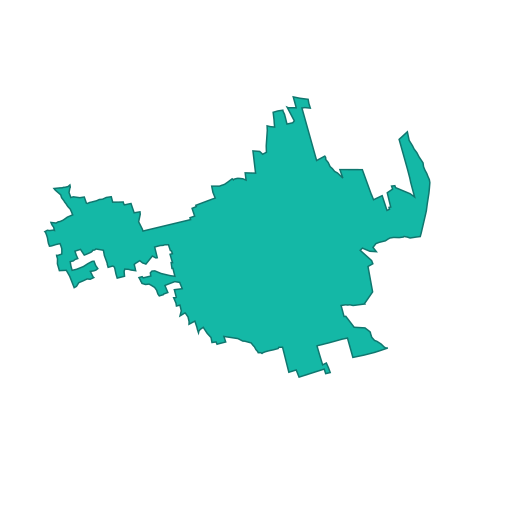 Hocabá, Yucatán, Mexico (Equal Earth projection), rotated 159°
{"feature_id": "50627088B46222132432578", "entity_name": "Hocabá", "entity_type": "district", "adm_level": 2, "iso_a3": "MEX", "parent_name": "Mexico", "parent_adm1": "Yucatán", "projection": "equal_earth", "projection_center": [-89.223, 20.81], "detail": "fine", "context": "isolated", "style": "filled", "palette": "teal", "viewbox_px": 512, "rotation_deg": 159, "n_neighbors": 0, "source": "geoboundaries", "source_scale": "gbopen_adm2", "svg_char_len": 5639}
<svg xmlns="http://www.w3.org/2000/svg" viewBox="0 0 512 512"><g transform="rotate(159 256 256)"><path d="M151.2,383.6L158.6,387.6L164.2,391.2L165.2,381.1L165.4,380.0L172.7,382.8L173.6,383.7L171.8,368.4L174.0,367.2L179.8,368.1L179.1,373.7L178.6,378.1L178.9,381.4L178.7,382.5L183.7,383.6L188.5,384.0L190.4,376.5L191.4,373.3L192.4,369.7L196.4,371.7L199.0,373.5L199.9,370.9L200.4,369.3L207.0,355.1L209.1,349.1L213.3,348.6L215.1,352.3L221.2,355.2L226.7,333.5L236.3,337.5L238.1,330.4L240.6,332.8L244.1,334.6L245.7,335.2L248.1,335.5L249.4,335.5L249.8,335.2L250.6,336.6L255.9,335.1L259.5,334.2L261.2,334.2L262.6,334.3L265.1,334.3L272.3,337.1L273.4,330.9L273.3,324.7L277.1,324.8L294.0,324.9L294.0,323.5L298.6,323.4L299.0,315.2L303.9,315.4L304.0,313.4L352.6,319.8L352.5,321.4L352.5,321.5L352.5,321.8L353.3,330.0L349.1,336.5L348.5,338.8L354.3,340.0L353.9,349.8L360.6,350.9L360.8,352.9L360.6,354.0L364.9,355.5L370.5,357.6L369.9,363.2L374.8,364.3L379.0,364.0L382.0,364.9L385.1,364.7L389.3,365.2L390.5,365.3L392.1,365.6L394.4,365.4L395.4,366.1L395.2,372.6L397.9,373.2L398.0,373.2L399.7,373.6L400.2,373.9L403.3,375.6L405.3,376.7L408.0,377.0L407.9,378.0L407.8,382.3L405.6,385.9L404.8,386.7L404.5,387.8L404.3,389.0L406.5,388.2L409.7,388.6L411.2,389.1L412.5,389.1L414.5,389.8L420.4,391.4L419.8,389.5L418.7,387.4L416.4,383.1L416.6,380.1L415.4,376.0L415.4,375.2L415.2,374.7L414.5,372.3L414.3,371.1L413.9,369.5L412.6,366.3L412.4,362.1L412.5,361.3L412.4,360.1L418.2,359.9L422.0,358.9L423.2,358.6L426.6,358.4L428.5,358.8L430.8,358.4L435.4,360.8L435.4,359.6L435.2,357.6L434.6,355.4L435.0,352.1L435.9,352.8L439.6,353.7L440.7,354.3L441.5,354.8L444.4,354.4L444.0,353.5L444.0,352.4L444.0,350.5L444.2,347.6L444.9,344.3L445.3,341.8L445.2,340.3L445.3,339.2L443.9,338.8L442.1,338.6L440.4,338.5L438.7,338.4L434.5,337.8L434.5,335.3L434.7,332.4L435.9,329.1L436.7,327.4L440.9,327.6L441.9,328.1L442.1,327.3L442.2,325.5L442.3,324.5L444.2,319.9L444.8,312.8L438.2,310.6L437.2,304.0L437.1,291.6L434.5,292.0L431.0,294.6L425.8,294.8L421.9,295.1L419.1,293.7L415.2,294.0L415.6,294.8L416.2,301.0L412.9,300.3L411.2,300.2L410.5,300.2L408.2,300.9L409.1,304.6L409.1,309.2L410.9,309.7L415.7,309.1L420.9,308.0L428.3,307.9L432.8,308.5L432.4,312.9L431.5,317.3L428.3,316.9L426.2,317.6L423.3,317.5L423.5,321.2L423.3,325.4L417.5,325.1L416.0,318.4L414.0,318.4L411.4,318.5L409.5,318.6L408.1,318.8L407.0,319.3L406.5,319.9L404.8,319.5L404.2,319.5L402.9,319.9L397.6,316.8L396.4,316.0L397.4,310.8L397.5,302.3L397.8,301.9L398.1,298.4L393.4,298.0L392.5,297.1L392.2,295.5L393.2,289.3L393.5,285.1L386.0,284.2L384.7,288.8L383.2,290.8L379.7,289.2L377.6,287.6L377.4,287.5L377.1,287.4L373.6,285.4L373.5,286.4L373.3,287.3L372.7,291.8L370.8,292.4L366.2,293.3L364.9,291.1L364.1,289.9L363.1,289.2L361.7,287.9L352.8,293.1L350.2,290.1L348.8,289.8L347.4,300.7L341.7,300.1L338.8,299.2L337.2,299.2L335.1,298.4L333.7,297.9L334.0,291.8L333.1,291.1L333.2,288.1L335.6,288.4L336.1,282.9L336.3,279.7L337.6,280.2L338.9,274.5L338.0,274.2L339.0,266.1L342.8,268.2L342.9,268.3L343.0,268.3L350.9,273.7L355.8,278.4L358.6,279.2L360.7,278.1L361.4,275.0L369.1,276.0L369.7,277.5L373.0,277.8L372.6,275.0L372.6,273.7L372.3,272.3L372.3,271.3L369.4,269.0L365.9,268.1L364.3,266.2L361.9,263.0L361.0,259.5L361.1,258.6L361.2,255.7L360.6,253.4L360.4,253.4L356.4,253.1L355.6,253.6L351.4,253.5L351.5,257.2L351.6,261.1L349.0,261.2L341.0,261.2L336.7,258.7L336.6,251.9L344.3,253.8L345.2,246.1L346.0,245.8L347.8,246.5L347.6,240.6L348.1,238.3L348.2,237.8L344.6,237.4L345.4,231.6L348.4,227.3L342.8,228.3L342.4,228.0L341.3,223.5L342.0,218.6L343.0,216.3L336.4,217.1L336.7,210.7L337.0,208.6L337.2,205.3L337.2,205.2L337.2,204.9L336.3,206.3L334.3,207.5L330.8,208.3L329.3,201.3L327.2,196.0L328.1,191.0L324.1,190.1L324.0,187.6L323.8,187.6L315.1,186.6L314.8,192.4L302.5,185.4L298.8,181.3L297.0,180.5L291.7,176.6L290.7,173.4L290.0,171.8L289.6,168.6L288.7,166.3L288.6,164.9L288.3,164.8L286.3,164.1L286.2,164.0L285.3,162.9L284.4,163.2L282.1,163.3L278.8,163.0L277.2,162.8L273.5,162.2L268.5,161.7L267.4,162.6L263.9,161.3L267.0,135.7L259.3,135.2L259.2,127.5L232.9,126.0L232.9,125.2L233.1,121.2L228.5,120.6L228.4,125.6L228.7,130.9L232.8,130.5L232.1,140.4L231.9,142.9L231.3,150.2L230.4,150.2L230.1,150.2L225.7,149.6L222.8,149.3L219.8,148.9L213.8,148.3L205.4,147.5L200.0,146.6L201.9,126.6L190.9,124.8L179.9,123.5L174.3,123.2L166.6,122.9L166.6,123.1L166.6,123.3L167.7,123.4L169.0,125.2L170.7,128.9L173.7,133.0L175.6,134.7L177.1,138.7L176.9,141.2L177.0,141.4L176.6,144.0L177.2,145.2L179.0,148.1L180.0,149.8L189.9,154.3L193.8,167.5L195.5,168.0L194.3,179.3L189.7,178.3L188.1,177.4L185.8,176.8L183.1,175.0L171.6,172.2L171.7,172.7L160.0,180.7L155.2,206.1L149.7,206.9L149.7,210.3L156.7,224.0L153.8,225.2L148.0,219.6L142.1,216.9L143.7,222.1L139.6,224.6L136.1,224.6L129.8,223.8L126.7,224.5L124.5,224.8L120.8,224.0L115.6,221.8L112.4,221.1L111.9,220.9L110.8,221.2L108.0,219.5L107.3,218.9L105.7,217.6L102.1,216.8L100.1,216.4L95.7,215.3L93.5,218.3L83.0,233.8L80.8,237.1L77.5,243.2L72.0,252.8L71.9,253.0L69.7,257.4L67.4,262.2L66.8,265.3L67.0,268.7L67.0,271.9L67.5,275.5L67.6,279.1L67.5,279.7L66.7,283.1L68.3,290.2L68.8,294.8L70.1,299.3L70.4,302.8L71.6,309.0L70.2,317.7L80.6,313.6L83.5,282.5L84.5,273.5L85.2,269.3L86.8,254.3L89.9,259.0L101.2,269.8L101.2,271.9L104.4,272.7L104.5,269.5L110.8,268.0L112.7,253.4L114.4,253.7L114.6,251.8L117.4,251.6L116.6,267.1L116.9,267.1L126.1,266.4L126.2,271.8L126.3,271.8L125.8,298.5L146.7,306.6L147.0,297.6L150.2,304.3L152.3,306.8L153.4,310.2L154.8,312.9L155.1,317.4L156.4,321.4L155.8,322.3L155.7,323.4L156.0,324.6L165.2,323.4L160.1,377.7L157.3,377.1L152.3,374.6L152.0,379.4L151.2,383.6Z" fill="#14b8a6" stroke="#0f766e" stroke-width="1.5"/></g></svg>